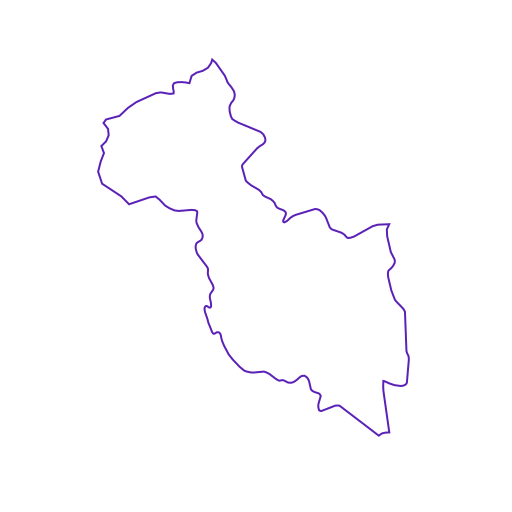 the Department of San Miguel, rotated 348°
{"feature_id": "SLV-1352", "entity_name": "San Miguel", "entity_type": "Department", "adm_level": 1, "iso_a3": "SLV", "parent_name": "El Salvador", "parent_adm1": "", "projection": "orthographic", "projection_center": [-88.259, 13.545], "detail": "fine", "context": "isolated", "style": "outline", "palette": "violet", "viewbox_px": 512, "rotation_deg": 348, "n_neighbors": 0, "source": "natural_earth", "source_scale": "10m", "svg_char_len": 3560}
<svg xmlns="http://www.w3.org/2000/svg" viewBox="0 0 512 512"><g transform="rotate(348 256 256)"><path d="M226.8,73.1L230.5,66.4L236.1,64.3L242.4,63.8L248.1,61.9L252.3,57.9L254.0,54.8L256.9,58.8L263.0,73.2L263.9,77.6L264.1,79.4L264.9,81.7L267.0,85.7L268.7,90.2L268.8,93.5L268.4,95.0L267.9,96.3L267.3,97.5L266.5,98.6L265.6,99.5L264.5,100.3L263.6,101.1L262.0,103.1L261.4,104.1L261.0,105.0L260.8,106.0L260.3,109.1L260.5,114.3L260.9,115.7L261.3,117.1L263.2,119.1L266.2,121.8L285.9,135.3L287.1,136.6L288.5,138.7L289.4,141.9L289.4,143.9L289.0,145.5L288.2,146.5L287.2,147.4L286.0,148.1L282.0,149.6L279.6,150.8L262.4,163.3L261.5,164.2L260.9,165.4L260.9,166.8L261.7,180.3L263.4,182.8L266.1,186.0L272.7,192.0L274.4,194.6L275.4,197.9L277.3,199.8L282.3,203.5L284.2,206.0L285.3,208.1L285.5,209.7L285.9,211.2L286.4,212.4L287.2,213.5L288.4,214.4L292.1,216.8L293.3,218.0L294.1,219.4L294.1,220.8L293.5,222.1L290.4,226.3L289.8,227.4L289.9,228.4L290.8,229.0L293.6,228.2L297.8,225.7L300.5,224.6L303.5,224.0L323.7,222.3L325.6,223.0L327.6,224.2L329.8,227.1L331.7,230.7L332.5,233.5L334.1,243.2L334.7,244.3L335.4,245.4L336.6,246.3L344.3,250.9L346.0,252.5L347.3,254.0L347.7,255.1L348.6,256.5L349.4,257.4L351.9,257.8L355.8,257.4L376.3,251.1L381.7,250.7L392.9,252.6L389.5,257.2L388.4,264.0L388.7,280.2L390.8,288.0L390.8,289.7L390.2,291.6L388.3,293.9L386.8,295.2L385.4,296.2L383.1,297.5L382.2,298.3L381.4,300.5L380.9,303.9L381.2,317.7L382.7,327.2L383.2,328.6L383.9,329.9L388.8,337.7L389.4,339.0L389.8,340.3L390.1,341.6L383.4,380.3L383.6,382.5L384.4,385.7L384.0,389.0L377.2,411.4L375.9,412.7L373.5,413.4L371.8,413.4L370.1,413.1L364.6,411.1L360.0,408.4L355.7,405.2L354.6,404.7L353.3,410.0L352.6,414.2L349.7,456.3L346.1,455.7L342.5,455.7L338.7,457.2L306.6,419.8L305.2,419.3L303.7,419.0L302.1,418.9L287.8,421.2L286.5,420.8L285.6,419.8L285.5,417.1L285.8,415.4L286.3,413.7L290.2,406.4L289.9,405.0L288.7,403.3L285.2,401.4L283.2,399.8L282.0,397.9L281.9,389.9L281.7,388.4L281.2,386.7L280.4,385.1L278.6,383.2L276.4,382.9L274.8,383.1L269.8,385.8L267.2,386.9L265.7,387.2L264.2,387.3L262.8,387.0L261.4,386.6L260.3,385.9L258.3,384.2L257.2,383.4L255.9,382.9L254.4,382.8L253.1,382.9L251.5,381.9L249.4,379.8L244.7,374.3L242.1,372.1L239.7,370.7L229.4,369.5L226.6,368.8L222.7,367.0L221.6,366.3L220.6,365.6L216.9,360.9L211.7,352.4L208.8,346.6L206.1,337.0L205.3,332.8L205.0,329.7L205.1,326.2L204.8,324.5L204.0,323.1L201.9,322.4L199.5,323.3L198.5,323.3L197.8,322.7L197.2,321.0L195.5,311.0L195.4,307.6L194.5,300.4L194.5,298.8L194.6,297.1L195.1,295.8L195.9,294.8L196.8,294.5L197.6,294.8L198.2,295.3L198.9,296.2L199.8,296.8L200.7,296.9L201.5,296.1L201.9,294.7L202.2,291.3L202.1,288.0L202.3,286.4L202.7,285.0L203.4,283.7L204.2,282.8L207.0,280.2L207.8,278.7L207.9,277.5L207.7,275.4L205.6,268.3L205.2,265.5L205.2,263.3L206.3,259.1L206.3,257.8L205.6,255.8L199.3,242.4L198.9,240.9L198.7,239.4L198.6,236.2L198.8,234.6L199.3,233.2L199.8,232.1L200.7,231.0L201.9,230.4L204.7,229.5L205.9,228.9L206.8,227.9L207.5,226.8L208.0,225.5L208.2,224.0L208.0,222.1L207.3,219.9L205.8,216.1L204.8,211.6L204.8,210.0L205.1,208.4L207.6,201.4L207.6,199.9L205.9,198.5L202.6,197.5L189.9,195.9L185.8,194.5L181.3,191.3L177.7,187.9L173.4,180.9L170.2,176.9L163.9,176.5L142.6,179.0L136.6,169.6L120.5,153.3L119.1,140.7L123.8,131.2L128.7,123.7L127.6,116.3L133.2,112.7L137.0,107.3L137.7,100.9L134.5,94.2L136.7,92.2L137.7,91.3L151.6,90.6L161.4,84.6L170.9,80.6L192.0,75.9L197.0,76.2L205.3,79.5L209.1,79.9L209.7,78.4L209.7,75.2L210.1,71.9L211.8,69.9L215.2,69.7L219.3,70.4L223.5,71.7L226.8,73.1Z" fill="none" stroke="#5b21b6" stroke-width="2"/></g></svg>